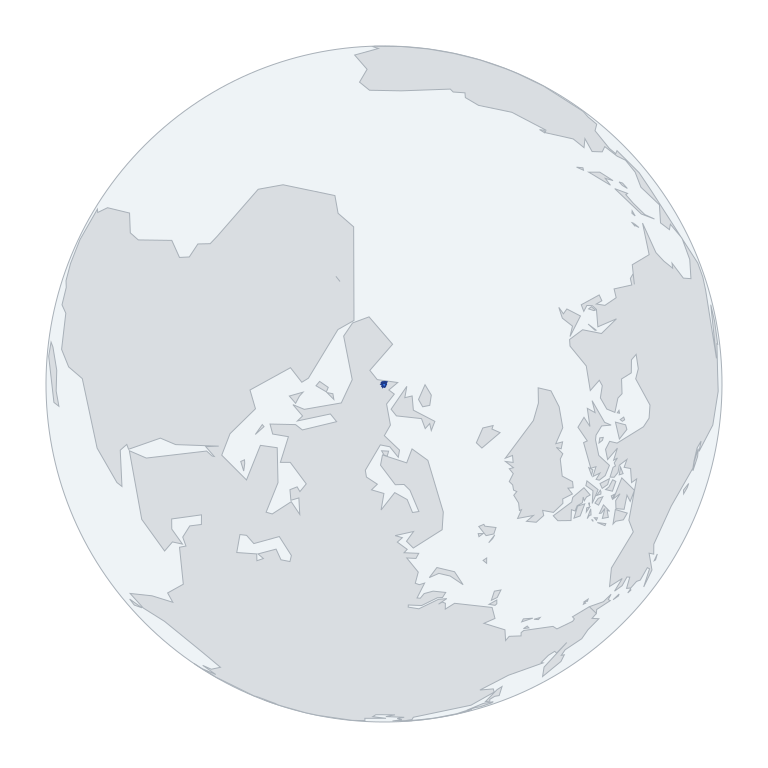 the Earth from above Loire-Atlantique, rotated 138°
{"feature_id": "FRA-5316", "entity_name": "Loire-Atlantique", "entity_type": "Metropolitan department", "adm_level": 1, "iso_a3": "FRA", "parent_name": "France", "parent_adm1": "", "projection": "orthographic", "projection_center": [-1.707, 47.343], "detail": "fine", "context": "on_globe", "style": "filled", "palette": "blue", "viewbox_px": 768, "rotation_deg": 138, "n_neighbors": 0, "source": "natural_earth", "source_scale": "10m", "svg_char_len": 11892}
<svg xmlns="http://www.w3.org/2000/svg" viewBox="0 0 768 768"><g transform="rotate(138 384 384)"><circle cx="384" cy="384" r="338" fill="#eef3f6" stroke="#a8b0b8"/><path d="M82.9,537.4L81.4,534.4L77.1,525.4L66.0,498.4L53.6,453.3L53.7,446.0L52.1,434.7L57.7,431.0L58.9,408.4L57.7,400.1L54.7,401.5L53.0,370.3L56.0,349.1L69.9,263.9L75.5,250.2L82.1,238.7L119.8,180.6L88.1,224.3L96.5,209.2L109.4,190.3L109.7,191.1L128.5,169.2L140.5,155.0L167.1,133.5L195.0,123.1L186.6,129.4L194.2,126.9L205.3,119.2L210.7,114.8L252.2,101.1L290.7,84.4L297.4,77.1L300.2,80.9L309.3,66.5L326.8,59.4L310.3,69.0L311.2,71.3L324.7,66.8L328.4,68.3L337.1,67.3L340.5,69.8L330.6,76.0L332.6,78.0L342.0,74.8L351.3,75.8L337.1,80.1L351.9,82.6L338.1,95.1L297.7,107.3L293.2,118.9L259.8,144.4L266.0,145.1L257.3,156.2L261.3,161.4L253.9,165.4L263.4,166.2L269.3,161.7L275.4,160.7L278.3,163.6L269.5,168.8L266.8,168.2L265.7,171.3L260.0,172.8L264.4,173.7L253.4,180.2L268.4,178.2L263.1,187.2L254.7,190.4L250.3,184.1L219.8,178.6L209.9,181.2L200.4,190.4L193.5,219.4L184.8,225.2L176.8,237.3L183.9,236.4L192.8,226.8L204.1,228.8L213.6,217.5L219.6,217.0L231.4,208.4L235.2,216.3L232.5,228.9L222.9,236.7L221.5,242.7L235.1,241.1L221.6,262.1L220.4,287.7L216.3,292.9L200.1,291.4L188.6,276.0L167.6,276.9L186.8,283.4L176.2,297.3L176.8,302.9L180.7,306.6L186.9,304.3L184.4,310.9L164.5,306.2L166.4,300.1L172.7,301.4L167.2,294.6L153.7,292.8L149.4,300.7L133.6,291.8L130.3,297.6L125.0,299.3L131.3,290.5L119.7,306.5L100.4,302.7L84.2,330.6L94.0,299.7L93.8,288.0L92.0,276.9L89.1,281.1L90.7,262.4L85.4,256.9L73.5,271.9L65.0,292.9L64.3,311.1L68.6,307.7L70.7,318.7L59.4,332.9L61.4,358.3L55.6,373.4L54.8,388.7L58.3,397.3L61.1,412.7L66.5,410.5L73.8,417.5L70.5,431.9L77.2,425.8L79.4,439.5L96.0,462.9L93.8,464.3L107.2,500.4L127.3,527.8L131.9,542.4L129.0,546.2L137.2,554.7L137.4,558.8L175.0,590.3L198.2,612.0L200.2,624.7L186.0,629.2L185.7,648.1L163.7,637.1L166.5,642.1L165.1,641.4L145.4,623.3L127.3,603.8L110.8,582.8L95.9,560.7L82.9,537.4ZM79.0,338.1L81.8,374.8L75.5,362.6L77.6,362.9L77.8,351.6L76.8,335.4L72.6,325.6L79.0,338.1ZM90.6,334.9L89.8,329.7L91.3,333.7L90.6,334.9ZM212.5,112.8L205.1,118.9L193.7,125.7L199.4,120.3L212.5,112.8ZM234.8,101.9L232.4,104.8L224.1,106.2L228.0,104.1L234.8,101.9ZM301.4,71.9L294.6,74.8L299.9,71.6L301.4,71.9ZM337.8,66.8L338.5,65.6L342.7,65.6L337.8,66.8ZM228.5,204.7L229.9,206.5L227.0,207.2L228.5,204.7ZM232.3,199.5L228.0,199.0L229.1,196.4L231.8,196.8L232.3,199.5ZM351.6,69.6L358.1,70.4L349.8,70.6L351.6,69.6ZM237.5,200.8L231.8,192.0L233.9,187.7L245.9,185.6L237.5,200.8ZM360.8,71.6L376.8,74.1L379.7,71.4L380.4,81.1L366.6,75.4L355.9,75.8L361.6,73.8L360.8,71.6ZM270.0,159.1L263.8,164.0L266.3,157.4L270.0,159.1ZM270.1,155.1L269.0,137.4L279.6,132.0L277.8,138.8L289.4,130.2L295.0,136.2L289.9,142.3L282.0,144.5L290.2,145.2L270.1,155.1ZM378.2,86.4L380.6,88.2L376.2,87.6L378.2,86.4ZM278.1,159.8L276.9,156.5L286.0,151.5L290.0,157.3L285.8,157.0L278.1,159.8ZM289.6,125.3L297.0,122.9L303.7,127.0L307.5,126.7L296.1,135.9L289.6,125.3ZM285.1,159.6L291.7,160.4L290.1,165.5L279.8,162.8L285.1,159.6ZM286.7,147.9L291.2,145.9L290.0,148.8L286.7,147.9ZM287.8,184.8L286.2,180.4L290.8,177.4L287.8,184.8ZM294.3,160.4L294.9,158.7L296.5,157.1L300.4,158.8L294.3,160.4ZM301.5,138.4L302.7,140.8L306.5,134.8L311.7,138.0L303.1,143.7L308.9,142.6L310.5,143.7L301.8,147.3L301.5,138.4ZM309.2,155.9L300.1,164.9L302.0,173.4L298.0,176.2L295.6,162.2L309.2,155.9ZM305.6,150.4L306.9,154.4L301.2,155.7L296.8,153.8L305.6,150.4ZM318.2,138.3L312.6,131.8L314.6,130.9L318.2,138.3ZM310.9,158.0L313.0,155.8L311.7,158.5L310.9,158.0ZM317.2,143.9L314.9,141.7L317.3,140.6L317.2,143.9ZM319.3,153.5L316.3,156.3L313.2,155.0L319.3,153.5ZM319.2,148.9L323.1,148.0L313.9,152.9L317.8,148.1L319.2,148.9ZM319.9,143.3L320.5,141.9L320.5,144.4L319.9,143.3ZM332.6,157.2L321.8,163.7L315.0,160.6L326.5,154.7L332.6,157.2ZM662.4,192.4L674.7,211.9L677.5,216.5L678.6,219.4L687.2,235.9L689.4,239.4L705.1,278.7L705.8,281.5L710.5,296.9L712.2,303.5L709.7,294.3L703.4,280.7L707.0,296.2L703.2,287.6L695.1,282.9L698.3,305.4L705.9,354.4L712.8,378.7L712.8,398.2L698.1,381.8L687.0,363.1L684.6,373.5L667.1,369.5L645.2,399.5L639.6,396.1L636.0,404.9L623.3,408.5L613.7,401.8L607.2,408.9L632.1,425.8L638.8,418.2L640.9,399.9L646.9,408.2L658.8,406.7L654.6,445.5L617.9,504.8L610.2,488.0L560.7,452.9L559.9,445.5L559.5,444.8L558.6,443.7L558.4,456.7L548.4,448.4L579.4,478.4L586.4,493.4L617.5,506.4L615.6,511.2L624.3,511.3L647.3,483.2L648.4,489.5L640.1,528.3L604.6,589.9L606.9,607.7L600.4,625.5L573.1,649.5L570.3,658.3L555.5,668.4L551.1,673.6L536.3,683.3L513.4,694.7L480.0,705.7L482.0,703.0L471.5,700.0L458.7,681.3L471.4,666.1L470.2,655.5L445.6,632.7L451.3,614.9L443.7,608.7L428.6,612.6L419.3,604.6L409.8,605.3L347.2,612.9L325.7,599.6L294.4,556.9L303.9,541.6L301.4,521.1L363.8,451.3L381.8,455.3L436.3,438.9L443.9,440.3L442.6,458.7L487.6,469.2L496.1,451.6L531.7,450.1L552.2,439.7L550.4,404.7L516.9,421.1L506.0,408.1L528.8,381.6L557.4,367.6L554.0,362.2L531.7,358.6L533.9,343.4L523.5,356.3L531.0,359.9L524.6,368.4L517.4,365.7L518.5,360.3L508.6,361.8L506.1,388.5L513.4,395.1L490.3,408.8L500.2,421.3L495.5,430.5L476.9,413.0L475.4,404.5L444.4,387.7L443.9,397.6L473.1,414.5L465.9,414.7L465.5,429.6L460.2,418.5L428.4,398.5L404.7,408.5L381.9,446.6L366.5,450.4L350.2,443.9L351.0,407.8L385.4,403.6L386.1,391.8L372.8,375.9L384.4,376.3L383.1,369.6L395.5,367.4L406.7,349.2L418.3,345.4L416.7,324.5L422.4,320.0L421.7,333.5L427.5,341.2L455.6,332.4L459.3,326.6L456.0,314.0L464.1,313.7L457.3,302.7L470.5,292.3L448.7,296.1L444.1,282.6L448.8,269.4L443.4,265.9L435.8,287.7L436.3,295.9L443.0,301.6L440.9,326.0L432.6,332.3L419.9,310.2L406.6,317.0L402.5,297.9L425.6,249.2L438.3,236.8L472.0,242.5L472.5,252.1L460.7,254.6L477.2,263.9L473.2,257.5L479.9,257.6L477.4,245.6L482.0,245.2L471.5,234.9L477.0,233.0L483.5,239.5L484.4,221.3L494.1,215.0L492.0,211.2L487.0,208.9L502.6,202.9L500.4,200.5L494.4,201.4L486.1,197.2L477.6,187.8L483.4,186.2L487.3,189.4L504.3,194.2L513.8,203.5L515.3,202.0L508.5,193.6L487.8,187.6L480.9,182.5L490.8,183.9L486.7,183.0L485.1,180.0L489.1,175.7L478.3,173.8L453.2,145.6L458.4,135.5L469.9,139.3L458.6,120.4L465.3,112.0L459.8,112.7L450.7,105.1L448.4,107.5L445.1,107.3L420.6,90.8L419.4,86.3L402.6,81.4L399.7,82.0L399.7,84.9L380.4,81.1L379.7,71.4L386.2,70.6L381.4,65.8L396.9,64.9L407.5,62.4L427.2,65.3L433.8,63.7L431.2,62.1L438.2,59.4L461.9,60.5L454.5,66.5L421.2,69.6L435.8,68.5L436.0,71.1L443.4,72.4L453.4,71.9L452.4,70.3L486.4,84.3L517.5,92.4L506.8,84.3L508.3,81.3L534.3,87.1L585.2,116.7L587.7,115.9L593.3,119.5L603.2,127.9L595.3,122.6L598.0,126.6L592.0,122.8L605.2,135.6L597.2,130.8L611.3,143.7L614.9,144.3L606.2,134.2L621.9,148.4L623.4,146.6L632.6,155.2L655.1,182.3L662.4,192.4ZM348.1,489.6L347.7,496.2L348.1,489.6ZM591.8,368.5L606.2,357.3L592.3,342.9L596.7,337.7L590.4,335.0L591.3,342.0L574.7,333.5L578.2,322.3L572.7,315.0L567.6,318.5L563.9,340.7L587.5,352.5L587.4,363.5L591.8,368.5ZM96.6,463.4L98.2,469.0L95.2,465.3L96.6,463.4ZM72.3,366.5L74.0,372.0L74.1,376.9L72.3,373.7L72.3,366.5ZM92.7,409.4L95.8,416.3L91.5,411.6L92.7,409.4ZM82.7,380.2L90.1,404.4L81.9,397.0L77.7,381.9L82.0,388.8L82.7,380.2ZM84.9,340.8L85.5,345.0L83.7,346.7L84.9,340.8ZM91.7,337.9L91.1,336.9L91.9,333.1L91.7,337.9ZM177.4,297.5L178.9,298.1L181.7,302.9L178.2,302.7L177.4,297.5ZM207.4,313.6L202.8,324.0L203.7,316.1L197.9,317.4L192.5,303.1L214.0,294.8L205.2,300.9L207.4,313.6ZM191.2,282.6L192.2,292.0L190.3,282.1L191.2,282.6ZM364.3,337.5L370.5,341.2L368.7,349.4L354.0,356.0L356.3,344.1L364.3,337.5ZM379.7,344.9L371.2,322.2L380.0,317.8L376.5,324.0L383.2,323.3L379.3,333.2L396.1,352.0L395.6,360.5L368.6,367.0L377.7,359.9L371.1,356.3L379.7,344.9ZM333.9,278.3L330.3,270.2L354.1,270.9L354.7,278.5L340.0,285.2L330.7,280.1L333.9,278.3ZM259.7,199.6L256.8,197.6L259.3,196.0L263.7,196.3L259.7,199.6ZM286.7,183.0L274.9,206.9L271.0,205.7L268.8,222.1L257.7,225.4L259.4,214.6L249.2,229.9L246.3,221.5L240.5,232.4L245.7,207.9L242.7,201.5L250.3,207.2L260.7,204.1L264.2,200.9L272.2,187.2L270.9,172.7L280.9,167.9L288.4,168.5L290.2,171.2L283.1,173.3L290.7,175.5L281.8,180.7L286.7,183.0ZM370.0,186.6L360.9,186.3L374.7,194.7L365.9,198.6L368.0,199.4L363.6,205.5L362.0,214.5L357.3,215.2L358.7,218.5L355.9,222.9L356.2,227.7L347.9,230.9L347.6,237.2L343.8,235.2L345.6,245.2L340.5,239.3L336.3,244.9L343.5,247.7L297.4,256.9L282.0,266.5L272.0,278.0L264.5,267.2L269.1,249.9L280.4,231.9L296.3,224.7L290.0,221.5L295.7,217.3L298.3,221.6L297.8,212.5L303.2,210.3L313.2,196.3L309.2,185.3L312.8,180.3L317.0,183.5L317.6,176.2L328.1,179.0L330.9,175.6L344.0,175.2L350.7,183.9L353.3,179.4L363.4,179.4L370.0,186.6ZM336.4,157.4L346.3,166.1L346.4,172.8L323.5,170.7L319.5,173.5L304.8,173.1L305.0,163.6L309.2,164.5L313.3,163.2L311.6,166.7L316.0,163.0L321.9,164.3L327.0,161.8L328.8,165.2L336.4,157.4ZM449.6,432.1L454.9,431.6L462.6,428.8L462.4,438.4L449.6,432.1ZM427.7,418.8L432.1,416.7L435.7,428.2L430.1,429.0L427.7,418.8ZM431.6,406.1L432.1,415.7L428.5,411.0L431.6,406.1ZM425.5,331.0L429.8,328.3L431.5,331.0L430.5,336.0L425.5,331.0ZM408.9,214.7L403.7,212.9L404.2,210.9L396.8,202.4L402.7,199.1L409.6,203.0L408.9,214.7ZM546.5,413.2L542.3,422.3L538.4,421.0L540.7,418.1L546.5,413.2ZM501.7,432.6L513.4,432.6L501.6,435.3L501.7,432.6ZM414.1,209.8L410.3,206.5L415.6,207.0L414.1,209.8ZM406.7,196.4L412.4,196.0L402.6,197.8L406.7,196.4ZM641.6,591.2L614.6,629.0L603.4,637.9L605.3,633.0L618.0,613.2L632.3,598.2L640.5,585.0L641.6,591.2ZM713.6,379.6L717.5,386.8L716.9,394.4L713.6,379.6ZM682.1,224.8L684.4,229.3L682.9,226.6L677.2,216.1L679.4,219.9L682.1,224.8ZM459.5,181.9L463.3,197.0L470.0,206.6L479.9,209.8L467.5,212.2L457.2,197.3L459.5,181.9ZM453.4,150.0L444.7,148.0L447.2,145.2L449.6,145.2L453.4,150.0ZM449.0,151.4L440.6,156.2L434.9,152.7L442.7,149.6L449.0,151.4ZM427.7,182.1L428.4,186.6L424.1,186.0L427.7,182.1ZM585.5,112.8L583.2,111.1L577.0,106.7L579.3,108.2L585.5,112.8ZM565.4,98.9L574.5,104.9L590.2,116.4L588.5,115.0L592.8,118.3L597.6,122.1L596.8,121.7L581.0,109.8L570.2,102.1L562.3,97.3L550.6,90.3L543.5,87.2L536.3,83.6L539.5,84.3L550.8,90.1L565.4,98.9ZM540.8,86.2L524.2,80.3L515.4,74.8L517.1,74.9L528.4,79.7L532.4,82.3L540.8,86.2ZM517.6,77.5L521.2,80.1L504.4,81.2L498.7,80.2L506.9,75.4L510.7,77.8L516.4,78.9L517.6,77.5ZM383.2,86.9L380.8,88.1L380.7,86.2L383.2,86.9ZM444.1,108.9L439.5,108.3L439.5,105.8L444.1,108.9ZM426.9,105.6L430.0,108.8L424.2,106.0L426.9,105.6ZM437.6,116.2L430.1,110.4L440.8,115.1L437.6,116.2Z" fill="#d9dde1" stroke="#a8b0b8" stroke-width="1"/><path d="M382.9,385.8L382.9,385.7L382.7,385.5L382.5,385.3L382.0,385.3L381.9,385.2L382.0,385.1L382.2,384.9L382.1,384.7L382.2,384.4L382.3,384.3L382.7,384.3L382.8,384.2L382.8,384.3L383.0,384.4L383.2,384.5L383.3,384.6L383.5,384.6L383.7,384.8L383.9,384.8L383.8,384.7L383.7,384.7L383.3,384.4L383.2,384.3L383.0,384.2L382.9,384.2L382.2,384.2L382.1,384.3L381.9,384.4L381.8,384.5L381.7,384.6L381.4,384.4L381.2,384.3L380.7,384.2L380.8,384.2L380.9,384.3L381.0,384.3L381.1,384.2L380.9,384.0L380.8,383.9L380.6,383.7L380.9,383.6L381.0,383.6L381.3,383.5L381.2,383.5L381.1,383.4L381.3,383.3L381.5,383.3L381.6,383.2L381.8,383.1L382.0,383.0L382.3,383.0L382.3,382.9L382.4,382.6L382.5,382.5L382.5,382.4L382.5,382.2L382.9,382.0L383.0,382.0L383.4,381.9L383.5,381.9L384.1,381.8L384.2,381.7L384.3,381.7L384.5,381.4L384.9,381.3L384.9,381.2L385.0,381.2L385.3,381.2L385.3,381.3L385.8,381.4L385.8,381.5L385.9,381.8L386.0,381.8L386.1,382.0L386.2,382.3L386.7,382.5L386.8,382.5L386.7,382.6L386.2,382.6L386.1,382.8L386.2,383.0L386.3,383.0L387.0,383.1L387.0,383.4L387.1,383.6L386.9,383.7L386.3,383.8L386.2,383.8L385.9,383.9L385.9,384.0L385.7,384.0L385.6,384.3L385.8,384.6L386.0,384.6L386.1,384.8L386.0,385.2L385.9,385.4L386.2,385.5L386.3,385.6L386.4,385.8L386.2,385.8L385.9,385.6L385.7,385.7L385.6,385.8L385.4,385.8L385.4,386.1L385.3,386.3L385.1,386.4L385.0,386.0L384.9,385.9L384.6,385.9L384.6,386.1L384.7,386.3L384.8,386.6L384.8,386.8L384.6,386.8L384.2,386.7L383.9,386.7L383.7,386.5L383.3,386.3L383.2,386.2L382.9,385.9L382.9,385.8Z" fill="#3b82f6" stroke="#1e3a8a" stroke-width="1.5"/></g></svg>